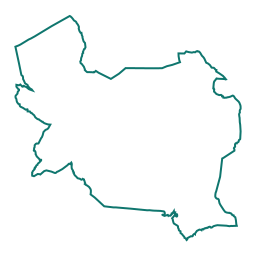 outline of Paracho, Michoacán, Mexico
{"feature_id": "50627088B94256811005465", "entity_name": "Paracho", "entity_type": "district", "adm_level": 2, "iso_a3": "MEX", "parent_name": "Mexico", "parent_adm1": "Michoacán", "projection": "natural_earth1", "projection_center": [-102.089, 19.654], "detail": "fine", "context": "isolated", "style": "outline", "palette": "teal", "viewbox_px": 256, "rotation_deg": 0, "n_neighbors": 0, "source": "geoboundaries", "source_scale": "gbopen_adm2", "svg_char_len": 5673}
<svg xmlns="http://www.w3.org/2000/svg" viewBox="0 0 256 256"><path d="M236.8,225.8L236.7,225.3L236.4,224.9L235.9,220.1L235.3,217.3L233.9,216.2L233.6,215.3L232.5,215.2L232.0,214.4L231.7,214.4L231.1,213.5L230.7,213.2L229.3,213.0L229.1,212.8L228.9,212.9L226.9,212.6L225.3,212.0L223.9,210.3L220.5,205.1L219.5,203.2L218.7,199.5L217.9,198.8L217.2,198.8L216.5,198.4L215.8,197.7L215.3,196.7L215.3,195.0L215.6,192.9L216.2,191.3L220.1,176.8L222.2,158.5L223.4,157.9L234.4,150.7L234.4,149.4L233.9,148.3L234.1,147.7L235.1,146.7L235.1,146.1L235.0,144.9L235.1,144.1L235.7,143.3L236.8,143.4L237.1,142.6L237.5,142.5L238.4,142.0L238.7,141.3L238.8,140.4L239.2,139.8L240.0,139.4L240.2,139.0L240.6,131.4L240.2,124.8L239.8,122.2L239.6,117.7L239.4,116.9L239.1,114.5L239.3,113.5L239.9,112.4L239.7,111.0L240.0,109.8L240.6,108.9L240.6,106.8L240.4,105.3L239.3,102.6L238.6,101.6L235.9,99.1L235.2,98.4L233.9,96.3L233.1,95.7L232.6,95.6L230.3,96.7L228.4,97.2L227.2,97.3L226.8,97.6L224.3,97.8L224.1,97.6L223.3,97.6L223.2,96.8L223.0,96.3L222.0,96.3L221.9,95.5L221.0,94.9L219.2,95.1L216.4,94.0L214.7,92.1L214.1,91.7L214.0,91.3L214.2,89.5L214.0,89.4L214.0,89.1L213.8,88.9L213.8,88.5L213.3,88.4L213.8,83.0L214.2,81.4L215.2,80.4L215.6,79.6L216.1,79.2L216.5,78.5L216.8,78.4L217.4,78.7L223.9,79.0L225.0,79.1L225.4,79.4L225.9,79.3L224.3,77.3L223.7,76.8L223.1,76.0L219.2,73.3L216.2,71.5L216.4,70.0L215.7,69.9L214.2,68.1L213.7,67.8L211.6,67.6L210.1,65.3L209.5,64.7L208.0,63.5L206.2,62.7L204.3,58.5L203.3,57.1L201.9,55.7L200.2,52.8L199.2,51.7L198.7,51.5L198.1,51.6L197.6,51.1L197.1,51.1L196.0,51.6L195.1,52.3L193.8,52.1L191.9,52.6L188.7,52.1L186.2,51.4L184.4,53.5L178.5,53.4L178.6,56.2L179.3,60.2L180.0,62.2L172.2,64.9L166.9,66.2L162.1,68.2L154.0,68.3L125.6,68.1L119.0,73.7L110.9,78.9L98.7,72.8L95.8,70.9L94.4,72.2L93.8,72.0L93.3,72.4L91.7,72.2L87.1,72.1L85.9,71.1L84.8,70.0L84.9,69.4L83.8,66.6L82.8,65.4L82.1,64.3L80.6,63.1L80.3,61.4L81.0,60.3L81.1,58.6L81.4,57.4L82.0,56.2L82.4,53.6L83.2,52.9L82.9,52.0L83.5,50.7L84.0,49.3L84.2,49.0L84.7,48.9L85.5,47.3L85.0,43.0L83.8,41.6L83.5,41.1L82.5,37.7L82.5,36.5L81.8,35.2L81.7,34.0L81.4,33.6L81.4,32.8L80.6,32.8L79.7,31.5L79.3,30.6L78.7,28.6L78.9,28.0L78.8,26.5L77.8,24.5L76.7,23.2L76.3,22.2L75.7,21.5L73.9,20.4L72.8,18.8L71.7,17.5L70.5,16.4L69.7,16.0L51.7,26.1L34.7,36.4L30.9,38.5L28.7,39.5L20.5,44.5L18.5,45.5L15.4,46.7L19.0,63.4L21.3,74.7L21.6,75.3L22.7,76.1L23.0,77.1L23.1,79.1L23.8,80.4L25.1,83.4L27.5,84.9L27.9,86.0L29.1,87.5L30.1,88.5L31.7,89.4L32.5,90.5L29.7,89.5L28.7,89.0L26.3,87.0L25.1,86.6L23.7,85.8L23.4,85.9L22.9,86.7L22.4,86.7L20.3,84.5L18.9,85.3L16.4,84.8L16.4,86.7L18.2,89.0L19.0,89.5L19.0,89.8L19.0,90.3L17.8,91.7L17.6,92.7L17.5,93.6L15.7,95.7L15.5,96.2L15.6,97.8L16.1,98.4L16.4,99.2L16.7,101.1L17.2,102.4L18.4,103.9L19.7,104.3L19.6,105.2L19.9,106.0L20.5,106.7L23.0,107.9L25.7,109.7L26.5,109.7L27.0,109.3L27.4,109.3L27.6,109.8L27.6,111.4L29.9,111.5L30.7,112.8L31.6,112.9L32.4,113.8L34.2,115.3L35.3,117.3L37.5,119.1L38.8,119.3L39.2,119.8L41.4,121.2L41.7,121.6L42.8,121.8L43.0,122.3L44.4,123.2L45.7,123.7L47.9,124.4L50.3,124.6L48.2,128.4L47.0,129.3L45.5,129.9L43.5,132.0L42.7,135.2L41.9,137.2L41.1,138.2L38.5,143.4L38.1,143.6L36.5,143.5L35.7,144.0L34.7,145.2L34.6,147.2L34.1,148.1L34.1,149.8L33.8,150.3L33.9,150.7L34.8,150.9L35.2,151.3L35.5,152.1L35.6,153.1L35.7,153.5L35.6,154.2L36.2,155.2L36.7,156.4L39.3,159.0L39.5,159.6L41.1,159.8L41.1,160.6L40.6,161.0L40.1,160.8L40.0,161.5L39.6,162.3L38.2,163.3L37.4,164.5L37.4,164.9L36.3,165.5L35.7,167.1L35.2,167.4L35.0,168.1L34.7,167.9L34.4,168.7L34.3,169.5L32.8,171.2L32.6,171.8L32.1,172.6L32.1,172.9L32.3,173.4L32.1,174.1L32.2,175.7L34.0,176.2L37.7,174.0L39.7,174.2L40.3,174.5L44.2,171.1L46.4,170.4L51.4,171.6L54.6,172.9L55.2,173.0L55.9,172.8L57.2,171.7L58.2,171.4L62.3,169.1L67.5,165.2L68.8,163.8L69.5,163.7L70.1,164.1L71.3,162.6L71.6,163.2L71.8,164.1L71.6,166.5L71.7,168.1L71.9,168.8L73.0,170.6L72.9,171.1L73.3,171.5L73.4,172.6L73.9,172.6L74.2,174.4L75.0,175.5L76.3,176.7L77.6,178.2L79.9,178.8L81.3,179.7L81.9,179.6L82.7,179.1L82.8,178.9L84.0,179.5L84.0,180.1L84.6,181.2L84.7,182.0L85.3,183.4L84.8,184.0L85.9,184.9L87.1,185.5L89.0,186.9L90.3,188.7L90.7,189.6L90.9,190.7L90.8,192.9L90.6,194.4L94.7,197.5L104.2,206.3L113.5,207.4L115.8,207.4L131.1,208.7L147.4,210.3L149.4,210.2L153.2,210.6L160.3,210.9L163.8,211.4L164.3,211.7L164.8,213.0L164.8,213.6L164.4,214.5L163.9,214.9L162.6,214.6L162.2,214.1L162.5,215.0L164.5,215.9L167.7,214.9L167.8,214.9L168.3,215.8L168.5,215.6L170.4,215.7L170.9,215.3L171.1,214.6L171.2,214.4L171.5,214.4L171.9,214.1L171.8,213.3L172.1,213.2L172.8,213.3L173.1,213.0L172.9,212.6L173.3,212.0L173.5,212.3L173.7,212.2L173.6,211.6L173.9,211.1L174.0,212.0L175.2,212.3L175.0,212.8L175.1,213.1L174.9,213.6L174.9,213.9L175.0,214.4L175.6,214.6L175.3,215.0L176.2,214.7L176.1,214.1L176.9,214.2L177.1,214.5L177.1,214.8L176.7,215.0L176.6,215.3L177.2,215.6L177.2,216.0L177.0,216.4L176.7,216.5L176.4,216.5L175.1,215.5L174.3,215.7L172.1,218.3L172.8,219.4L172.8,220.1L173.5,222.7L173.9,223.5L177.6,225.8L178.0,226.4L178.0,227.2L178.2,228.1L178.6,228.7L178.9,230.2L179.4,230.7L180.5,231.3L180.5,233.0L182.3,234.4L182.6,235.0L184.3,236.9L184.5,237.9L185.7,238.4L186.6,240.0L187.2,239.5L187.6,238.0L191.0,236.2L192.0,236.4L192.5,236.2L192.8,235.9L192.8,235.5L193.3,234.7L194.1,234.0L194.6,233.8L195.0,234.1L195.0,233.6L196.9,230.9L199.4,229.6L201.2,229.9L201.6,230.2L201.9,229.4L202.6,229.1L203.5,229.4L204.0,228.7L205.3,228.1L205.8,228.3L206.6,227.8L207.1,227.8L207.5,227.9L207.9,227.7L208.3,227.1L209.8,226.7L210.4,227.0L210.6,227.5L211.5,227.6L212.0,227.4L213.5,226.2L215.5,225.6L217.4,225.2L226.4,225.7L229.5,226.2L231.1,225.9L231.9,226.0L236.8,225.8Z" fill="none" stroke="#0f766e" stroke-width="2"/></svg>